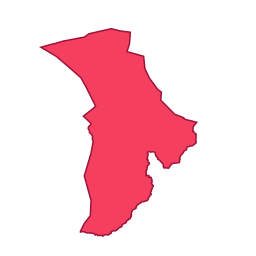 Altanco'gc, Bayan-Ölgiy, Mongolia (Equal Earth projection), rotated 168°
{"feature_id": "93677404B16075742501612", "entity_name": "Altanco'gc", "entity_type": "district", "adm_level": 2, "iso_a3": "MNG", "parent_name": "Mongolia", "parent_adm1": "Bayan-Ölgiy", "projection": "equal_earth", "projection_center": [90.479, 48.976], "detail": "fine", "context": "isolated", "style": "filled", "palette": "rose", "viewbox_px": 256, "rotation_deg": 168, "n_neighbors": 0, "source": "geoboundaries", "source_scale": "gbopen_adm2", "svg_char_len": 5546}
<svg xmlns="http://www.w3.org/2000/svg" viewBox="0 0 256 256"><g transform="rotate(168 128 128)"><path d="M196.2,36.2L195.8,36.0L195.5,36.0L194.8,36.2L194.5,36.2L194.1,36.1L192.6,35.5L191.9,35.3L191.1,34.6L190.6,34.1L190.4,34.0L190.0,34.0L189.4,33.8L188.4,33.8L187.6,33.5L187.3,33.1L186.0,33.0L185.1,32.6L184.6,32.4L183.2,31.7L182.5,31.1L182.3,30.9L182.6,30.4L182.5,30.2L182.3,30.1L182.1,30.1L181.9,30.2L181.5,30.4L181.2,30.5L180.9,30.5L180.7,30.3L180.5,30.0L180.4,29.7L180.1,29.5L180.1,29.2L179.6,29.0L177.8,28.8L177.1,28.5L176.4,28.4L175.8,28.3L175.6,28.3L175.4,28.3L175.3,28.1L175.2,27.6L175.0,27.4L174.7,27.8L174.0,28.1L173.4,28.3L172.7,28.3L172.1,28.2L171.0,28.0L170.5,28.0L170.1,28.0L169.8,27.8L169.4,27.4L168.5,27.7L168.3,28.0L168.0,28.2L167.8,28.5L167.6,28.6L167.0,28.5L166.6,28.5L166.3,28.6L165.9,29.5L165.9,30.2L165.6,30.3L165.3,30.2L164.9,30.2L164.4,30.4L163.8,30.5L163.3,30.5L162.9,30.3L162.5,30.1L162.2,30.0L161.9,30.0L161.6,30.2L161.2,30.3L160.8,30.2L160.5,30.4L160.1,30.8L159.4,30.9L159.1,31.1L158.8,31.5L158.4,31.6L158.0,31.7L157.5,32.2L157.1,32.4L156.8,32.4L156.4,32.4L156.4,32.6L156.2,32.8L155.9,32.7L155.4,32.7L155.0,32.6L154.8,32.7L154.6,32.9L154.4,33.1L154.4,33.5L154.2,33.7L154.1,34.1L153.9,34.5L153.2,34.8L152.6,35.2L152.1,35.2L151.7,35.3L151.0,35.7L150.5,35.6L150.2,35.5L149.9,35.8L149.4,35.9L149.2,36.2L149.1,36.6L148.9,37.1L148.3,37.5L148.2,37.7L147.9,37.8L147.2,37.9L146.9,38.0L146.8,38.3L146.7,38.6L146.2,38.9L145.7,38.6L145.4,38.7L144.5,39.1L144.4,39.5L144.3,39.8L144.0,40.2L143.9,40.5L143.3,40.7L143.0,41.2L142.9,41.6L143.2,42.0L142.9,42.3L142.6,42.8L142.6,43.9L142.2,44.6L141.7,45.0L141.6,45.6L141.2,45.9L141.0,46.3L140.6,46.7L137.6,47.7L137.3,47.6L136.8,47.9L136.7,48.3L136.9,48.6L136.6,48.9L136.1,49.2L135.7,49.8L135.4,50.3L135.2,50.7L134.7,50.9L133.9,50.9L133.7,51.0L133.4,51.6L133.1,51.7L131.9,51.9L131.3,52.0L130.5,52.5L130.3,52.7L130.0,52.8L129.3,52.9L128.9,52.9L128.3,52.7L127.6,52.6L127.3,52.7L126.2,53.2L125.8,53.2L124.9,52.8L124.4,53.0L124.2,53.1L123.4,53.7L123.0,54.2L122.8,54.4L122.6,54.8L122.5,55.5L122.2,55.9L121.7,56.0L121.0,56.7L120.8,57.0L120.7,57.4L120.5,57.7L120.3,57.8L119.7,57.8L119.2,58.0L119.1,58.4L119.1,58.9L119.1,59.2L119.4,59.6L119.6,59.9L119.4,60.2L119.2,60.5L118.8,60.8L118.5,61.1L118.4,61.4L118.1,62.1L117.6,62.7L117.2,63.5L116.9,63.9L116.6,64.7L116.3,65.1L115.8,65.5L115.3,65.9L115.2,66.2L115.2,66.5L115.6,66.8L115.8,67.2L115.9,67.6L116.1,67.9L116.5,68.9L116.5,69.2L116.4,69.5L116.2,69.7L115.9,69.9L115.6,70.2L115.5,70.5L115.6,71.1L115.7,71.7L115.4,72.2L115.3,72.6L115.3,72.8L115.7,74.0L115.6,74.4L115.7,74.7L115.8,75.0L116.0,75.2L116.4,75.3L117.3,75.3L117.7,75.4L117.9,75.6L118.0,75.9L117.8,76.2L117.5,76.5L117.4,76.9L117.5,77.2L117.8,77.3L118.5,77.2L118.7,77.3L119.2,77.7L119.7,77.5L120.0,77.6L120.2,77.9L120.2,78.3L119.7,78.8L119.6,79.0L119.6,79.3L119.7,79.6L119.8,79.9L119.6,80.6L119.1,81.6L119.3,82.3L119.0,82.4L118.8,82.8L118.7,83.0L118.3,83.5L117.9,83.9L117.9,84.2L117.7,84.5L117.6,85.2L117.3,85.6L117.2,86.0L117.0,86.7L116.9,87.1L116.0,87.3L115.6,87.5L114.8,88.3L114.8,88.6L114.4,89.1L114.4,89.4L114.5,89.6L114.9,90.0L115.1,90.2L115.4,90.5L115.5,91.1L115.2,91.9L115.1,92.2L115.0,92.5L115.2,92.8L115.4,93.0L115.8,93.2L116.0,93.5L115.9,93.8L115.7,94.1L115.2,94.6L115.0,94.9L115.1,95.6L114.7,96.1L114.2,97.0L113.9,97.5L113.8,97.8L113.8,98.3L113.9,98.7L114.2,99.4L114.1,100.2L113.8,100.4L112.5,100.4L112.2,100.4L111.9,100.3L111.6,100.0L110.3,99.7L110.0,99.7L109.6,99.7L108.9,99.6L108.7,99.5L107.3,99.2L107.0,98.9L106.8,98.4L106.6,97.2L106.7,96.4L106.6,95.3L106.4,94.6L106.2,94.3L105.9,93.9L105.7,93.4L105.4,93.1L105.1,92.5L105.4,91.8L105.4,91.3L105.3,91.0L104.3,90.4L103.6,89.9L103.3,89.6L103.4,89.3L103.4,88.9L103.1,88.3L102.7,88.0L102.2,87.5L102.0,87.0L102.0,86.6L101.8,86.2L101.4,85.7L101.2,85.3L101.2,84.5L101.1,84.0L100.8,83.5L101.1,83.1L101.4,83.0L101.5,82.7L101.5,82.1L101.4,81.8L101.0,81.4L100.7,81.3L100.1,81.2L99.6,81.1L99.0,81.2L98.3,81.2L97.5,80.4L96.9,80.2L96.4,80.5L96.2,80.6L95.9,81.0L95.4,81.4L95.0,81.8L94.5,82.1L94.1,82.6L92.3,83.9L91.7,83.9L91.4,84.0L90.9,84.1L90.3,84.0L89.9,84.0L89.6,83.9L88.4,83.8L87.4,83.7L86.2,83.6L85.9,83.5L85.5,83.4L85.1,83.5L84.9,83.7L84.7,84.0L84.4,84.8L84.3,85.4L84.1,85.9L83.8,86.0L83.6,86.3L83.6,86.9L83.7,87.4L83.6,88.1L83.5,88.3L83.3,88.4L83.1,88.5L83.0,89.1L82.8,89.3L82.2,90.1L81.2,90.7L79.5,92.0L79.4,92.2L79.0,92.4L78.6,92.9L78.3,93.2L78.1,93.6L77.9,94.0L77.6,94.1L77.4,94.0L77.0,94.1L76.6,94.2L75.9,94.3L75.4,94.6L75.0,95.2L75.0,95.8L74.9,95.9L74.7,96.6L73.9,96.9L73.1,97.2L72.6,97.3L71.5,97.3L71.4,97.4L71.1,97.4L70.1,97.3L69.1,97.2L68.8,97.2L68.5,97.3L67.7,97.7L66.6,98.1L66.0,98.5L65.2,98.9L64.9,99.1L64.3,99.8L64.2,100.6L64.2,100.8L64.3,100.9L64.3,101.3L62.6,107.9L64.1,109.5L64.2,110.0L64.4,110.5L64.4,111.0L64.6,111.4L65.3,111.5L64.0,115.7L59.6,119.3L71.2,125.0L71.2,126.3L73.7,128.0L76.7,130.0L79.4,131.6L90.2,148.4L87.9,156.1L90.9,159.6L96.6,172.1L99.1,182.4L97.8,194.9L113.1,202.9L109.0,210.1L105.8,221.2L115.6,224.6L123.7,228.6L146.6,228.3L151.8,226.0L173.3,226.5L176.0,226.2L178.2,226.1L182.6,225.8L185.4,225.8L196.4,225.1L183.1,212.8L170.7,196.5L163.6,186.9L160.5,176.8L155.1,155.9L169.2,148.8L163.4,140.5L163.5,139.8L163.7,139.4L164.1,138.9L164.8,138.4L165.7,137.9L166.3,137.4L166.8,136.6L167.0,136.0L167.0,135.1L166.7,134.6L166.4,133.5L166.3,132.6L166.7,131.7L166.3,131.0L165.8,130.4L164.9,128.7L164.6,128.4L164.5,126.7L165.1,125.4L165.2,124.6L165.2,123.7L164.6,122.7L169.6,110.6L180.7,90.3L179.2,64.9L183.1,50.1L190.5,43.8L195.9,37.0L196.2,36.2Z" fill="#f43f5e" stroke="#9f1239" stroke-width="1.5"/></g></svg>